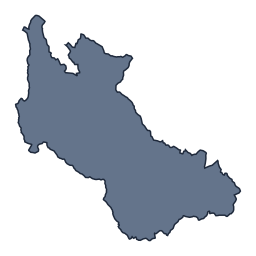 outline of Song Ma, Son La, Vietnam
{"feature_id": "81297802B25580956843795", "entity_name": "Song Ma", "entity_type": "district", "adm_level": 2, "iso_a3": "VNM", "parent_name": "Vietnam", "parent_adm1": "Son La", "projection": "equal_earth", "projection_center": [103.658, 21.099], "detail": "fine", "context": "isolated", "style": "filled", "palette": "slate", "viewbox_px": 256, "rotation_deg": 0, "n_neighbors": 0, "source": "geoboundaries", "source_scale": "gbopen_adm2", "svg_char_len": 5719}
<svg xmlns="http://www.w3.org/2000/svg" viewBox="0 0 256 256"><path d="M24.8,141.8L28.1,143.4L31.6,144.4L31.7,144.7L31.5,145.3L28.7,150.1L28.8,150.6L30.8,152.3L32.8,152.5L35.0,153.0L37.8,151.6L38.4,151.1L38.6,149.3L37.7,147.4L37.6,146.0L38.0,145.3L39.3,144.2L42.2,143.5L43.2,142.2L43.8,142.0L46.8,142.6L47.0,145.3L48.1,147.6L49.5,148.2L49.8,148.9L50.7,149.5L54.0,150.9L57.2,155.3L57.8,156.9L60.0,158.3L61.5,158.6L62.3,159.2L64.1,159.1L64.7,159.7L65.7,162.1L67.1,163.7L69.8,165.2L72.4,165.4L73.1,166.2L74.0,168.2L74.8,168.9L75.8,170.5L78.9,172.3L80.2,173.5L82.0,174.0L82.9,174.7L84.0,175.6L85.5,177.4L88.4,177.6L89.8,176.8L92.4,178.6L95.2,179.4L96.2,179.5L99.3,179.1L101.0,179.9L102.8,179.3L103.8,179.4L104.9,180.7L105.1,181.3L104.9,183.4L105.7,185.3L105.7,187.3L106.6,189.3L106.4,191.3L106.6,192.1L105.3,195.0L105.2,196.5L104.0,197.8L103.6,198.7L103.4,199.3L103.7,199.9L105.2,201.0L106.5,202.3L107.9,204.5L111.0,207.6L111.3,208.6L112.3,209.9L112.7,211.9L113.0,212.2L112.8,213.7L113.4,215.6L114.8,218.8L116.7,221.0L118.7,222.4L118.7,223.1L118.3,224.2L119.1,224.6L119.2,225.6L118.5,226.0L118.2,226.4L119.1,228.1L120.8,229.6L121.2,230.7L122.5,232.3L123.3,232.8L124.7,233.2L127.4,235.3L129.0,238.7L129.7,239.1L131.1,238.4L132.1,236.7L133.0,237.8L133.8,238.3L135.4,237.1L136.0,237.2L136.7,239.3L137.8,239.7L138.5,240.2L140.4,240.3L143.4,238.8L145.9,238.3L146.7,238.7L148.7,240.4L149.7,240.6L150.6,240.4L150.9,239.8L152.6,238.6L155.0,238.2L155.2,237.9L154.5,233.7L154.6,233.3L155.5,233.7L156.4,233.5L159.7,230.7L161.4,230.7L162.3,231.3L164.0,233.3L164.4,233.6L165.9,233.7L166.6,235.1L167.6,235.5L168.5,233.5L169.8,232.5L170.5,230.4L172.4,229.1L173.2,228.2L174.3,225.0L174.9,224.2L177.9,221.7L179.1,219.4L180.3,219.1L182.7,217.3L183.3,215.8L183.9,215.7L185.3,216.4L189.6,217.3L192.3,216.8L193.3,216.3L196.1,216.7L197.6,217.8L198.5,220.0L199.3,220.1L202.0,218.7L202.8,218.8L203.8,218.3L205.5,216.4L206.3,216.0L206.9,215.1L207.6,213.5L207.6,212.5L207.9,211.8L209.2,211.2L209.7,211.7L209.6,213.1L210.0,213.6L211.8,213.1L213.4,213.1L214.3,213.4L215.9,215.7L218.1,215.5L219.0,215.2L224.1,215.2L224.9,215.2L226.4,216.3L227.3,216.3L230.1,213.8L231.2,213.7L232.9,211.9L233.5,210.6L233.7,209.7L233.7,206.7L233.2,204.9L233.6,203.8L235.4,201.4L236.2,199.6L236.2,198.7L235.9,198.0L234.3,195.0L239.1,192.9L240.4,191.1L239.6,189.0L238.9,188.2L236.0,186.3L235.0,184.8L234.4,182.8L232.3,181.3L231.9,179.4L229.5,178.0L227.4,175.5L227.1,173.9L226.7,173.4L225.8,173.2L224.9,173.4L224.5,174.8L224.2,175.1L222.9,174.5L221.7,172.5L220.6,172.3L220.5,171.7L221.1,169.5L219.4,167.1L218.2,163.5L218.0,161.1L217.6,160.5L212.2,165.3L209.6,166.0L204.8,168.1L204.5,166.7L205.3,163.3L205.9,158.7L205.8,155.0L206.3,153.4L206.0,152.6L204.4,151.5L203.0,150.7L200.2,150.1L198.3,151.6L195.9,154.3L194.8,154.2L192.6,154.8L191.9,155.4L190.3,153.4L188.0,152.5L185.4,149.7L185.0,151.1L183.8,151.3L182.9,153.7L182.3,153.8L179.9,152.9L180.0,151.6L180.5,150.2L180.3,150.0L178.9,149.8L176.4,147.9L173.8,146.4L173.2,146.5L172.4,147.2L170.9,147.5L170.0,147.3L168.7,145.5L167.9,145.0L166.0,145.2L164.5,143.0L163.6,143.0L163.2,142.7L162.6,140.7L160.9,141.8L159.9,141.8L157.4,140.8L153.6,140.1L151.9,136.6L150.8,136.0L150.5,131.7L149.7,130.6L147.6,130.4L146.7,129.4L144.6,126.1L142.3,123.9L141.2,118.7L140.3,116.2L137.8,114.5L135.7,112.3L135.4,110.2L134.6,109.3L134.2,108.1L134.2,106.2L132.9,104.7L132.8,103.9L132.0,102.4L130.6,100.9L128.1,98.8L127.8,98.2L126.8,97.3L125.6,96.8L123.4,95.2L122.3,94.7L119.8,92.2L119.2,92.0L117.4,92.2L116.3,90.7L115.8,89.6L116.0,85.3L118.0,83.2L120.5,81.9L121.4,80.4L122.7,79.2L122.7,77.8L123.6,75.2L123.4,72.2L123.9,70.8L125.2,70.1L127.9,67.8L128.6,66.7L129.1,65.2L129.2,63.3L129.6,62.6L129.7,61.9L132.5,58.3L131.0,56.1L128.2,55.5L126.8,54.6L126.2,54.6L125.0,55.9L122.7,57.3L120.9,56.4L119.5,56.8L118.0,56.7L116.6,57.0L113.5,56.4L112.5,55.9L110.6,55.8L108.3,54.0L105.6,53.7L104.3,52.9L103.7,50.5L102.1,46.7L96.8,43.6L96.0,43.3L93.8,40.9L93.0,40.6L91.5,40.7L89.9,40.0L88.0,38.2L85.8,38.1L84.1,35.3L83.4,34.7L81.2,34.0L80.9,34.1L80.8,36.1L80.5,38.0L80.0,38.8L78.3,39.7L77.1,43.5L76.8,43.7L76.2,43.3L75.9,43.5L74.8,47.5L72.3,47.1L70.2,44.5L68.3,42.8L66.4,45.0L65.6,45.0L67.3,46.5L70.1,50.3L70.4,51.0L70.4,51.5L69.8,52.9L68.5,54.6L68.3,55.2L69.0,56.3L69.2,57.9L69.5,58.3L70.6,59.0L72.9,62.1L73.8,62.3L74.1,63.4L74.8,64.5L77.8,64.5L78.1,68.5L78.4,69.5L79.7,72.0L79.6,72.8L76.5,73.4L77.1,75.1L77.1,75.5L76.7,75.6L72.9,73.4L65.6,72.7L64.5,71.3L64.5,71.0L65.8,69.7L66.2,68.2L65.8,65.9L64.0,64.3L60.8,64.8L60.1,63.9L59.0,61.1L57.7,58.8L55.8,59.8L54.3,58.0L51.8,57.6L51.4,57.0L50.7,55.2L50.7,54.3L51.2,53.2L50.8,52.7L49.1,51.9L49.0,51.1L49.0,47.0L48.8,46.3L47.5,45.1L46.8,43.6L46.3,40.1L45.9,39.3L44.0,37.6L42.6,32.1L42.3,29.3L42.5,28.7L42.0,27.7L42.0,26.1L42.5,24.8L44.0,23.2L45.0,21.5L44.6,20.9L39.0,16.1L36.8,15.4L35.4,15.5L31.8,19.2L30.8,20.8L30.5,22.6L29.5,24.5L28.8,27.1L28.9,29.1L27.2,28.6L25.0,27.1L24.2,27.0L22.7,30.1L24.6,31.1L27.1,33.3L28.5,40.2L29.1,41.4L29.4,42.8L29.9,43.6L29.9,46.0L30.4,48.5L30.4,49.3L29.7,50.5L29.9,54.7L29.2,55.8L28.7,56.0L27.4,58.3L27.1,60.2L27.9,63.8L28.9,64.8L28.7,65.7L27.9,66.5L28.1,68.6L27.6,70.2L27.9,71.6L27.5,72.9L28.3,74.5L28.0,75.1L28.2,75.9L27.6,77.2L27.6,79.5L29.2,83.3L29.2,86.6L29.5,87.7L28.5,90.7L28.7,92.9L28.2,96.8L27.7,98.0L26.5,99.6L24.7,101.0L24.2,101.0L22.9,100.0L22.1,98.7L21.2,98.4L19.2,100.6L18.6,102.3L17.9,103.5L15.7,104.3L15.6,104.8L15.9,105.4L16.0,106.9L16.9,107.9L17.3,109.3L18.0,110.4L18.4,113.1L18.8,113.9L18.9,115.2L19.3,116.7L18.7,117.8L18.9,118.6L18.5,119.8L18.7,120.8L18.2,122.7L18.8,123.5L19.6,126.1L21.0,127.8L21.1,128.4L20.9,129.8L21.4,131.8L21.2,132.6L22.0,133.1L23.9,136.0L24.1,137.0L24.0,139.0L24.8,140.7L24.8,141.8Z" fill="#64748b" stroke="#1e293b" stroke-width="1.5"/></svg>